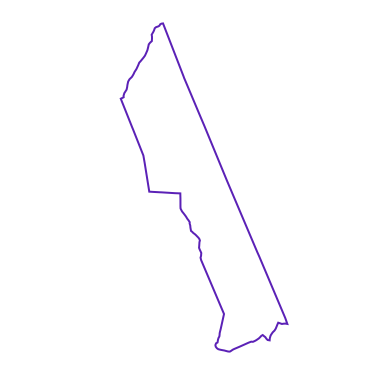 the district of Governador Newton Bello, Maranhão, Brazil, rotated 247°
{"feature_id": "56859067B61674045993248", "entity_name": "Governador Newton Bello", "entity_type": "district", "adm_level": 2, "iso_a3": "BRA", "parent_name": "Brazil", "parent_adm1": "Maranhão", "projection": "albers", "projection_center": [-45.972, -3.404], "detail": "fine", "context": "isolated", "style": "outline", "palette": "violet", "viewbox_px": 384, "rotation_deg": 247, "n_neighbors": 0, "source": "geoboundaries", "source_scale": "gbopen_adm2", "svg_char_len": 2064}
<svg xmlns="http://www.w3.org/2000/svg" viewBox="0 0 384 384"><g transform="rotate(247 192 192)"><path d="M358.5,231.2L358.9,229.6L358.8,228.3L357.8,227.0L357.6,225.5L357.8,223.4L357.3,221.7L355.7,220.3L354.7,219.2L352.5,216.3L351.0,216.0L349.0,215.2L346.6,214.0L345.8,211.7L344.8,209.9L342.4,208.2L340.0,206.4L337.7,204.0L335.9,202.0L334.7,200.0L332.4,195.6L331.7,194.0L329.5,191.8L326.9,188.9L325.0,186.1L323.2,184.1L322.3,182.9L321.4,181.6L320.2,178.5L318.6,176.4L315.8,174.4L313.9,173.3L311.8,171.8L309.4,168.3L307.3,166.6L305.9,166.1L305.7,162.9L302.0,162.8L292.5,162.6L274.8,162.2L273.0,162.2L244.6,161.5L237.3,159.8L209.0,152.8L207.9,155.0L204.4,162.1L203.7,163.6L200.8,169.4L197.6,175.8L195.3,180.7L190.5,178.8L189.3,178.3L182.9,175.6L181.2,175.0L179.8,175.1L178.3,175.2L177.0,175.5L175.7,175.9L174.1,176.3L172.5,176.7L170.9,177.0L169.3,177.2L167.4,177.7L165.1,178.1L163.9,177.5L161.9,177.3L159.7,176.6L157.9,176.2L156.6,175.9L155.3,176.6L153.7,177.2L152.2,178.1L150.7,178.8L149.1,179.4L147.3,180.1L145.8,180.4L144.2,180.3L143.0,179.3L140.8,178.2L139.4,177.5L137.9,176.7L136.0,176.6L133.7,176.7L132.2,176.7L131.1,176.1L129.7,175.4L128.2,174.2L125.8,173.8L117.6,173.8L105.8,173.8L99.8,173.8L82.5,173.8L79.5,173.8L73.3,173.8L67.2,173.8L54.7,164.9L52.6,163.3L51.2,162.3L49.6,161.5L48.3,160.7L47.3,159.4L46.0,158.3L43.5,156.7L43.3,155.0L41.9,153.7L40.3,153.4L38.4,153.9L37.0,154.8L35.7,156.5L34.6,158.1L33.5,159.8L32.3,161.3L31.0,163.0L30.3,164.5L30.5,166.0L30.9,167.8L31.0,169.3L31.0,175.3L31.2,185.2L31.1,188.0L30.3,189.5L30.3,191.3L30.5,193.3L30.8,194.8L31.1,196.3L31.8,198.1L32.5,199.6L32.7,201.2L31.5,201.8L29.7,202.8L28.0,203.1L26.2,203.8L25.1,205.5L27.0,206.5L29.2,208.3L30.3,209.9L31.3,211.5L32.2,213.8L33.5,215.7L35.3,217.5L36.3,218.5L38.0,220.3L36.5,222.0L35.4,223.2L35.0,224.8L34.4,226.5L33.3,228.2L39.4,228.6L106.7,228.7L111.2,228.6L158.8,228.6L165.1,228.6L167.8,228.6L181.0,228.6L188.8,228.6L247.3,229.2L256.9,229.2L261.0,229.2L292.0,229.3L294.0,229.3L300.2,229.3L301.7,229.4L358.5,231.2Z" fill="none" stroke="#5b21b6" stroke-width="2"/></g></svg>